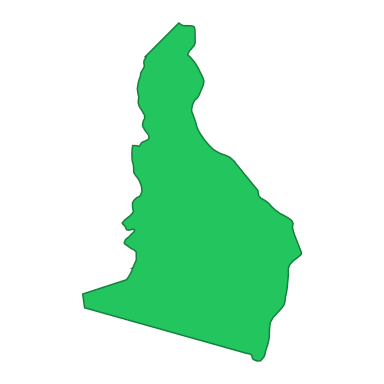 outline of Daban, Choiseul, Saint Lucia
{"feature_id": "8701671B91948443212485", "entity_name": "Daban", "entity_type": "district", "adm_level": 2, "iso_a3": "LCA", "parent_name": "Saint Lucia", "parent_adm1": "Choiseul", "projection": "mercator", "projection_center": [-61.005, 13.807], "detail": "fine", "context": "isolated", "style": "filled", "palette": "green", "viewbox_px": 384, "rotation_deg": 0, "n_neighbors": 0, "source": "geoboundaries", "source_scale": "gbopen_adm2", "svg_char_len": 2889}
<svg xmlns="http://www.w3.org/2000/svg" viewBox="0 0 384 384"><path d="M178.8,23.0L145.1,56.8L146.2,57.1L144.1,60.4L143.8,62.9L144.4,66.3L142.4,70.1L140.7,73.1L140.3,76.5L139.1,79.5L138.2,82.8L137.8,85.8L137.3,88.5L138.0,94.0L138.8,96.7L138.4,99.7L138.2,102.6L139.1,106.0L140.3,108.2L142.2,111.0L143.8,113.9L144.6,115.4L144.6,118.6L143.4,120.8L142.6,123.8L142.6,126.1L145.1,130.6L145.9,131.5L147.8,134.0L148.5,135.1L148.8,136.4L149.0,138.5L147.3,139.9L145.1,141.1L143.6,141.5L141.4,142.9L140.2,145.0L139.6,146.2L138.9,146.3L137.6,145.9L136.2,145.6L134.2,145.6L133.7,145.6L132.8,145.5L132.2,148.3L132.0,152.0L131.9,154.4L132.1,159.5L132.2,160.6L133.3,164.7L133.6,167.3L133.7,171.3L133.8,172.7L136.0,176.0L138.1,178.6L139.5,181.2L140.0,182.6L140.2,183.0L141.0,184.9L141.4,186.6L141.8,189.2L141.9,191.3L140.6,195.1L138.6,197.0L137.0,197.5L134.4,199.8L133.3,201.4L132.5,202.9L132.5,206.4L132.7,208.0L133.1,209.9L133.4,211.5L131.9,213.9L130.7,215.1L129.4,216.3L126.8,218.4L124.7,220.0L122.3,222.9L122.2,223.3L123.3,224.6L124.3,225.4L125.6,227.4L126.5,229.7L128.6,230.2L130.9,229.7L133.5,229.3L134.0,229.3L134.6,230.2L133.9,231.9L130.8,234.8L128.7,237.1L125.7,239.3L124.2,242.7L124.8,244.0L127.0,245.5L131.5,248.7L133.8,249.7L136.2,252.0L136.3,259.9L134.7,263.5L133.3,266.6L133.3,267.4L132.3,268.1L132.7,268.1L131.2,272.1L129.7,274.9L128.2,277.4L127.2,278.7L126.9,279.6L82.7,294.0L84.6,307.8L246.4,353.3L247.0,353.4L249.6,353.9L250.5,354.3L251.8,355.3L252.0,356.2L252.6,358.7L254.0,359.8L257.0,361.0L260.7,360.7L262.7,358.4L264.2,356.5L265.0,353.9L265.4,352.3L265.6,351.2L265.7,350.9L267.8,344.2L268.8,340.1L269.4,336.0L269.4,331.0L269.8,326.2L270.2,322.7L273.1,317.4L275.8,314.5L278.8,311.4L282.6,307.0L284.1,304.6L284.5,303.5L285.1,300.5L285.5,296.4L286.4,293.1L287.3,287.0L287.7,282.1L288.3,276.0L288.4,268.2L289.7,264.7L293.2,260.9L298.9,256.5L301.3,254.3L301.4,252.4L299.3,247.2L297.7,243.1L295.0,236.1L294.0,233.4L292.4,227.5L292.9,224.5L293.1,223.3L291.6,220.5L289.1,218.5L284.9,216.0L279.9,213.4L274.9,209.7L271.7,206.7L268.4,203.0L264.6,200.2L260.8,198.1L258.9,196.1L258.3,193.7L257.9,190.5L235.8,163.5L234.8,161.8L234.0,161.1L231.8,159.0L230.6,158.0L230.1,157.6L228.7,156.7L224.8,155.0L223.0,154.4L219.7,153.2L215.6,150.9L213.6,149.6L212.4,148.6L209.8,146.1L207.8,143.8L204.9,140.4L204.1,139.4L199.9,133.1L199.1,131.8L197.3,128.0L196.7,126.3L195.7,122.2L195.1,120.7L193.6,116.2L192.1,112.5L191.7,111.2L191.8,108.2L192.6,104.8L193.6,102.3L193.8,101.9L194.8,100.2L196.9,98.3L198.6,96.0L200.4,91.9L203.0,85.8L203.5,83.8L203.9,81.0L203.2,78.5L201.8,75.4L200.3,72.4L198.3,68.4L196.2,64.8L195.6,63.8L194.1,61.6L192.4,59.6L189.9,56.8L187.7,54.9L188.0,53.8L189.6,50.8L191.4,48.9L194.4,45.1L195.2,42.6L195.1,37.8L195.1,35.1L194.9,29.9L194.6,28.1L194.0,26.7L193.6,26.6L192.1,25.9L188.9,25.7L183.9,25.7L181.9,25.1L181.0,24.5L178.8,23.0Z" fill="#22c55e" stroke="#15803d" stroke-width="1.5"/></svg>